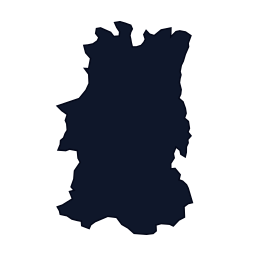 outline of Nova Alvorada, Rio Grande do Sul, Brazil, rotated 277°
{"feature_id": "56859067B88553950142054", "entity_name": "Nova Alvorada", "entity_type": "district", "adm_level": 2, "iso_a3": "BRA", "parent_name": "Brazil", "parent_adm1": "Rio Grande do Sul", "projection": "albers", "projection_center": [-52.161, -28.706], "detail": "fine", "context": "isolated", "style": "filled", "palette": "ink", "viewbox_px": 256, "rotation_deg": 277, "n_neighbors": 0, "source": "geoboundaries", "source_scale": "gbopen_adm2", "svg_char_len": 1715}
<svg xmlns="http://www.w3.org/2000/svg" viewBox="0 0 256 256"><g transform="rotate(277 128 128)"><path d="M34.1,71.3L33.5,78.2L30.8,83.4L30.1,88.8L29.8,93.1L25.4,94.0L23.5,101.7L27.3,102.8L31.0,106.7L37.9,118.6L37.9,127.6L31.6,133.6L28.8,140.2L24.2,146.9L24.8,159.3L26.4,165.8L29.3,168.5L35.1,167.5L37.2,172.6L37.6,181.1L36.3,184.9L42.8,189.7L46.4,194.9L56.7,193.2L60.3,196.9L61.8,201.0L75.6,195.0L78.7,193.0L81.9,188.7L82.8,184.9L88.0,185.5L93.6,179.6L92.6,175.5L98.0,174.7L103.9,177.5L108.0,176.1L115.0,177.9L112.2,182.4L108.4,183.7L106.3,188.3L110.9,188.8L116.5,188.2L120.5,189.5L123.8,188.7L127.9,191.5L131.3,188.0L135.1,189.0L141.9,187.1L144.7,182.8L149.7,183.9L154.5,182.5L160.7,179.4L163.8,174.8L167.9,176.1L172.6,176.1L179.3,173.5L183.6,173.6L187.2,174.1L190.3,172.8L196.7,173.2L201.1,174.7L208.2,175.9L216.0,178.2L219.5,177.4L227.3,179.2L230.3,173.4L230.7,167.5L229.5,163.9L223.6,159.3L232.5,158.4L229.4,149.0L222.9,142.8L223.8,137.9L227.0,134.1L222.7,132.3L218.2,134.4L215.0,133.3L211.6,131.1L209.5,126.6L209.0,122.4L213.2,120.8L216.6,119.8L220.0,118.6L223.6,119.0L226.9,120.2L230.3,118.2L231.6,112.6L232.5,107.1L231.0,101.9L226.5,104.6L222.5,108.0L218.2,108.1L217.1,102.7L220.8,99.1L222.6,93.1L224.0,88.6L222.8,84.6L217.9,84.4L214.3,88.1L210.7,86.9L207.2,83.0L205.5,78.1L204.6,74.1L197.5,76.9L192.6,82.4L182.1,81.7L181.8,77.6L176.6,82.5L167.5,84.0L160.4,81.7L151.3,76.0L141.2,55.0L137.1,60.3L134.0,66.1L127.9,64.9L124.8,66.7L118.3,68.0L115.0,66.4L110.3,65.3L107.4,62.6L103.4,62.8L97.6,61.2L98.0,69.0L99.9,72.5L99.4,80.5L92.0,82.1L88.2,84.8L79.0,80.1L70.7,80.5L62.6,78.7L59.5,82.2L57.8,77.7L50.9,81.5L43.5,72.3L41.1,67.4L37.5,70.1L34.1,71.3Z" fill="#0f172a" stroke="#020617" stroke-width="1.5"/></g></svg>